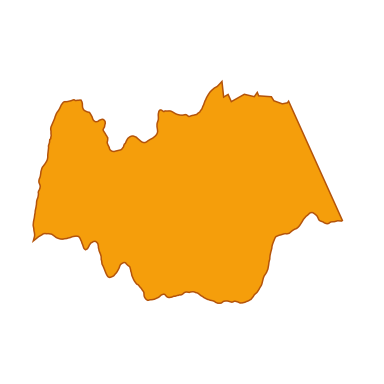 the district of VII-2 Mazaruni/L.B.E.Rive, Cuyuni-Mazaruni, Guyana, rotated 189°
{"feature_id": "73187651B61605631045653", "entity_name": "VII-2 Mazaruni/L.B.E.Rive", "entity_type": "district", "adm_level": 2, "iso_a3": "GUY", "parent_name": "Guyana", "parent_adm1": "Cuyuni-Mazaruni", "projection": "equal_earth", "projection_center": [-59.626, 5.924], "detail": "fine", "context": "isolated", "style": "filled", "palette": "amber", "viewbox_px": 384, "rotation_deg": 189, "n_neighbors": 0, "source": "geoboundaries", "source_scale": "gbopen_adm2", "svg_char_len": 6014}
<svg xmlns="http://www.w3.org/2000/svg" viewBox="0 0 384 384"><g transform="rotate(189 192 192)"><path d="M341.0,119.6L341.1,118.8L338.9,121.2L338.1,122.1L337.3,123.0L336.5,123.9L333.5,126.3L332.6,127.2L331.7,127.7L330.7,128.0L329.4,128.0L327.4,128.4L326.3,128.4L324.1,128.4L323.0,127.9L321.0,126.9L319.0,125.8L317.9,125.5L315.7,125.1L314.6,125.0L313.3,125.1L312.0,125.3L310.9,125.8L308.3,126.5L307.3,127.1L304.8,128.1L304.0,128.7L303.0,129.2L301.9,129.6L299.6,130.3L297.5,130.4L296.6,130.0L295.7,129.2L295.0,128.3L294.4,127.2L293.7,126.3L293.1,125.2L292.6,124.1L291.9,123.1L290.2,119.8L289.3,118.9L288.1,118.3L286.4,119.6L285.4,122.1L285.1,123.4L283.9,125.8L282.7,126.7L282.0,127.4L280.8,128.0L279.6,128.1L278.5,127.6L277.7,127.0L276.8,126.0L275.9,123.4L275.7,122.2L275.1,121.0L274.6,119.5L273.6,117.8L272.7,116.3L272.1,115.1L271.6,113.9L271.1,111.1L270.5,109.9L269.6,106.8L268.9,105.8L268.1,104.7L266.8,102.6L264.6,98.8L263.8,97.6L263.0,96.5L261.9,95.3L261.0,94.9L260.1,94.7L259.0,95.1L256.9,96.4L256.1,97.1L254.9,99.2L254.1,100.3L253.5,101.6L252.5,104.3L252.1,105.6L251.6,108.4L250.9,109.6L250.1,110.4L249.3,111.0L248.4,111.6L247.4,111.8L246.5,111.6L245.6,110.7L243.7,109.4L242.6,108.9L241.7,108.3L240.9,106.6L240.4,105.4L239.9,103.9L239.3,102.9L238.9,101.7L238.3,100.1L236.5,97.2L235.9,96.3L234.9,95.0L232.9,93.0L232.0,92.3L230.8,92.0L230.0,91.4L228.1,89.6L227.1,88.9L225.5,87.1L224.5,86.2L223.8,85.2L223.1,82.1L222.6,81.0L221.9,80.1L220.9,79.1L219.9,78.5L218.9,78.1L217.9,78.3L216.9,78.9L214.6,79.4L212.4,80.2L208.7,82.6L207.7,83.6L206.9,84.7L206.2,85.5L205.0,86.2L203.9,86.7L202.9,86.6L201.0,85.0L200.2,84.5L199.1,84.2L198.0,84.2L195.6,85.0L194.6,85.6L193.7,86.2L192.4,86.4L190.1,87.6L189.2,87.8L188.3,88.4L187.3,88.5L186.1,89.0L185.1,89.9L184.3,90.9L183.3,91.8L182.2,92.3L181.0,92.4L179.8,92.4L178.9,92.4L177.9,93.0L175.8,93.6L174.9,93.7L173.7,93.6L172.5,93.2L171.2,93.2L170.0,92.8L166.9,91.0L165.1,90.4L164.0,89.7L160.7,88.6L159.6,88.3L158.6,88.3L157.4,88.0L156.3,87.9L155.2,87.9L153.7,87.7L152.7,87.4L151.3,86.7L149.1,86.2L146.6,86.6L145.6,87.0L143.8,88.9L142.5,89.4L141.3,89.7L139.6,89.9L136.5,89.5L135.4,89.4L134.3,89.9L133.2,90.7L132.3,90.9L129.6,90.6L128.5,90.3L127.2,89.9L125.1,90.3L122.4,91.4L121.0,92.4L119.8,93.0L118.9,93.6L117.9,94.5L117.0,95.1L115.1,98.4L114.5,100.0L113.7,101.1L112.5,102.5L111.9,103.4L110.5,106.6L110.1,107.9L108.9,110.7L108.6,112.2L108.1,118.1L107.6,120.4L106.4,122.9L105.8,124.4L105.4,126.1L105.0,127.8L104.9,131.8L105.0,135.1L104.7,138.0L104.9,139.5L105.0,141.5L104.9,143.1L104.8,145.0L104.6,146.8L104.4,148.8L104.5,150.9L104.3,152.8L104.0,154.4L103.7,155.9L103.4,157.1L103.1,158.5L102.7,159.9L102.2,161.0L100.2,162.3L99.0,163.0L97.7,163.5L94.5,165.1L93.1,165.5L91.8,165.5L90.8,165.9L89.6,166.4L87.0,169.4L85.7,170.6L84.7,171.4L83.6,171.9L82.6,172.7L81.5,174.0L80.5,175.6L78.9,179.2L77.6,182.5L75.5,185.9L74.5,186.9L73.5,188.1L72.8,189.1L72.0,189.9L71.1,190.3L70.1,190.5L69.1,190.4L67.1,189.4L65.0,188.1L64.1,187.0L63.4,186.0L62.6,184.7L61.9,184.0L60.8,183.5L57.8,182.9L56.4,182.2L54.4,181.8L53.0,181.9L51.9,182.5L51.0,183.5L50.0,184.2L48.9,184.5L46.6,185.0L43.6,186.4L39.7,186.7L39.4,187.0L39.0,187.4L110.8,296.8L111.7,295.0L116.6,293.2L125.4,294.9L128.5,298.5L141.2,297.4L143.1,300.6L145.4,295.9L155.6,296.7L167.3,287.4L171.6,294.0L175.6,290.7L179.7,305.9L181.4,303.3L183.0,301.0L183.7,300.1L186.2,298.2L187.1,297.1L188.0,296.1L189.7,293.8L191.0,291.1L192.1,288.3L192.6,286.8L192.9,285.3L193.4,284.1L194.2,279.7L194.7,278.3L194.9,277.1L195.3,275.4L196.2,273.9L196.8,272.3L197.7,271.4L198.7,270.5L199.5,269.3L201.1,268.7L202.6,268.0L203.6,267.7L204.9,267.1L206.1,266.3L207.2,266.1L208.6,266.9L209.7,267.4L210.7,267.4L213.3,266.4L214.8,266.2L216.0,266.1L218.4,266.3L219.5,266.5L220.6,266.8L223.9,268.1L225.6,268.6L226.7,268.6L230.2,267.9L231.3,267.9L232.3,267.0L233.6,267.4L235.0,268.1L236.0,268.1L236.4,268.0L237.3,266.7L237.4,265.4L237.5,263.8L237.3,262.4L237.0,261.0L236.7,259.4L236.6,257.8L237.1,255.1L237.2,253.7L236.8,251.1L235.9,248.3L235.4,246.4L235.5,244.7L235.9,243.5L236.6,242.1L237.3,241.2L239.2,239.1L241.9,237.1L243.8,235.4L244.6,234.5L245.7,233.7L246.9,233.3L248.1,233.3L249.1,233.5L250.6,234.2L254.3,236.5L255.5,237.4L257.7,237.9L258.9,238.1L260.0,237.9L261.1,237.4L262.0,236.8L263.7,235.0L264.2,233.8L264.7,232.6L265.5,229.5L266.3,228.7L266.6,227.2L266.7,225.9L268.1,223.3L268.9,222.5L274.0,220.4L275.2,219.8L276.6,219.7L277.5,219.8L278.5,220.2L279.6,220.9L280.3,221.9L280.7,223.0L281.5,224.2L282.4,225.4L283.2,226.8L283.6,227.9L283.4,229.3L283.5,230.8L283.7,232.4L284.4,233.1L285.2,234.2L286.0,235.0L286.9,236.2L289.1,238.6L289.6,239.7L289.2,241.1L288.6,242.6L288.6,244.6L288.4,246.3L288.8,247.9L289.5,248.8L290.4,249.5L291.5,249.9L292.5,249.6L294.9,248.3L295.7,247.2L296.7,246.7L297.9,246.3L299.0,246.5L300.1,247.1L301.1,248.0L302.4,250.5L303.5,252.0L305.0,253.8L305.8,254.6L307.8,254.7L309.7,255.2L311.0,255.7L311.9,256.3L312.6,257.2L313.2,258.2L313.6,259.5L314.1,262.1L314.8,263.8L316.0,265.4L317.4,265.2L318.5,264.8L319.7,264.6L320.8,264.2L321.7,264.1L322.6,264.6L323.6,264.5L324.7,263.8L325.8,263.2L329.0,261.9L329.9,261.6L331.0,261.4L331.9,261.3L332.9,260.7L333.6,259.7L334.7,257.6L335.8,253.7L336.5,251.9L337.6,249.8L338.2,248.3L338.6,246.6L339.0,244.8L339.1,243.6L339.5,241.8L341.4,234.3L341.5,232.8L341.3,231.5L340.8,230.1L340.4,227.5L339.9,225.8L340.0,223.8L339.9,222.5L340.7,221.5L340.5,218.5L341.0,215.1L340.6,213.3L340.3,206.9L340.2,205.5L339.9,203.8L339.9,202.5L340.0,201.1L340.5,199.4L341.7,196.6L343.7,193.0L344.0,191.7L344.4,188.5L344.3,186.8L344.3,183.9L344.5,182.4L344.9,180.9L345.0,179.6L344.8,177.9L344.2,176.7L343.4,175.4L342.8,174.1L342.8,172.0L343.2,170.0L343.7,168.8L343.8,167.6L343.4,166.3L343.3,165.1L343.3,163.5L343.4,162.2L343.8,160.5L344.0,158.7L343.9,157.3L343.7,155.5L343.7,152.5L343.9,148.7L343.7,146.9L343.8,145.1L343.7,141.7L343.8,139.9L343.9,137.9L343.7,134.4L343.3,133.1L342.7,131.6L342.4,130.5L342.0,129.0L341.2,126.9L340.7,125.0L340.6,123.6L341.0,119.6Z" fill="#f59e0b" stroke="#b45309" stroke-width="1.5"/></g></svg>